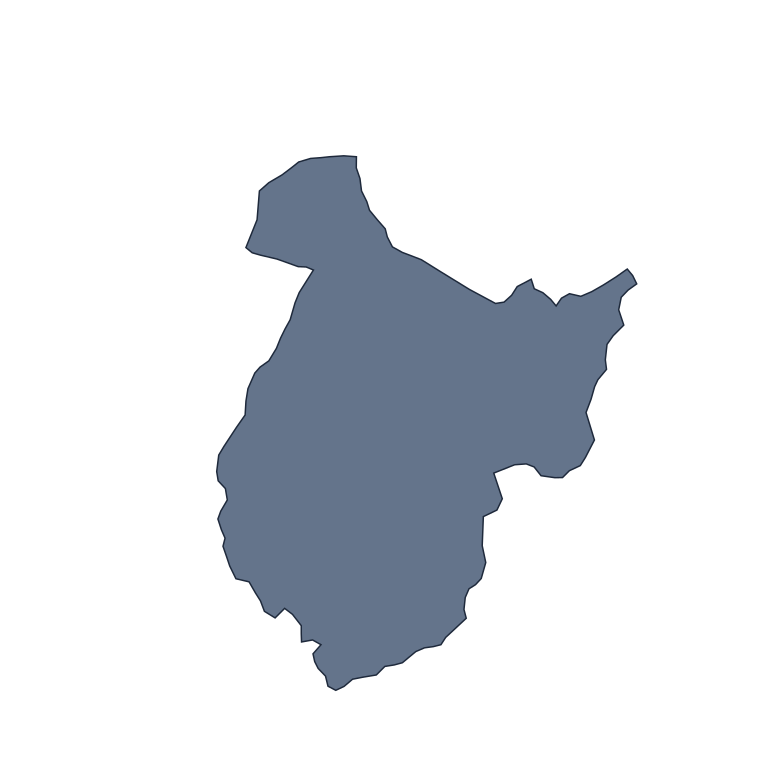 the district of Salgado de São Félix, Paraíba, Brazil, rotated 315°
{"feature_id": "56859067B36936813267627", "entity_name": "Salgado de São Félix", "entity_type": "district", "adm_level": 2, "iso_a3": "BRA", "parent_name": "Brazil", "parent_adm1": "Paraíba", "projection": "albers", "projection_center": [-35.46, -7.402], "detail": "fine", "context": "isolated", "style": "filled", "palette": "slate", "viewbox_px": 768, "rotation_deg": 315, "n_neighbors": 0, "source": "geoboundaries", "source_scale": "gbopen_adm2", "svg_char_len": 1887}
<svg xmlns="http://www.w3.org/2000/svg" viewBox="0 0 768 768"><g transform="rotate(315 384 384)"><path d="M445.0,160.2L432.4,159.4L410.4,178.1L382.8,189.9L383.6,198.0L387.8,205.6L396.7,220.0L406.3,240.3L411.7,246.2L414.7,253.5L388.7,259.4L378.5,263.7L363.1,272.2L353.0,275.1L343.3,278.4L333.2,282.7L318.9,286.2L308.4,284.4L300.4,284.9L284.5,291.1L274.4,298.4L263.9,307.7L249.2,310.3L226.9,314.9L216.9,317.4L203.8,327.6L198.3,335.2L197.9,345.8L191.2,355.2L178.6,358.5L171.1,362.0L166.0,372.0L162.6,380.6L155.4,384.9L150.5,395.0L146.2,403.6L141.6,417.0L148.7,428.5L145.4,440.7L143.3,450.0L138.7,460.2L141.6,472.4L155.1,472.4L156.4,482.2L154.6,496.4L148.9,502.1L143.3,508.1L152.5,514.5L155.1,523.8L143.0,524.6L138.7,531.3L136.3,538.6L136.1,549.2L130.7,558.1L133.3,566.5L142.0,569.6L153.0,570.5L161.5,576.2L172.8,584.3L184.9,584.3L192.6,589.9L199.9,594.1L208.8,594.9L217.3,595.7L226.1,599.2L233.2,604.6L239.9,608.6L248.4,606.8L276.5,607.8L281.1,600.0L290.5,592.4L299.3,588.9L306.8,590.6L315.2,590.3L329.7,582.2L339.1,567.8L360.5,548.0L374.7,553.0L386.5,548.8L398.6,524.6L419.3,533.5L428.1,541.1L431.5,548.8L430.2,559.9L438.6,571.1L444.1,576.4L453.8,576.4L465.1,580.5L474.4,578.4L493.2,572.4L506.7,547.0L519.6,541.2L531.1,534.8L538.3,532.2L551.7,531.0L557.6,523.4L569.7,513.7L580.2,511.9L595.2,511.9L602.4,497.5L613.1,490.4L623.1,490.2L633.5,491.9L636.5,483.2L637.3,474.7L623.9,472.4L609.1,469.1L596.2,465.6L585.2,461.2L579.0,451.3L570.2,448.8L560.9,450.5L561.7,442.0L560.9,431.8L557.6,422.9L562.2,414.0L547.1,409.3L537.0,411.5L526.8,411.0L519.8,405.9L511.3,377.6L503.4,344.5L498.3,322.5L493.8,312.3L490.0,303.9L486.9,293.0L490.3,282.4L494.6,275.1L495.4,263.2L496.6,250.9L500.8,242.9L504.6,231.6L512.3,221.7L517.2,211.6L525.2,203.8L516.9,194.2L506.2,184.8L499.5,179.4L491.6,172.6L480.7,166.7L471.8,165.7L459.6,164.0L445.0,160.2Z" fill="#64748b" stroke="#1e293b" stroke-width="1.5"/></g></svg>